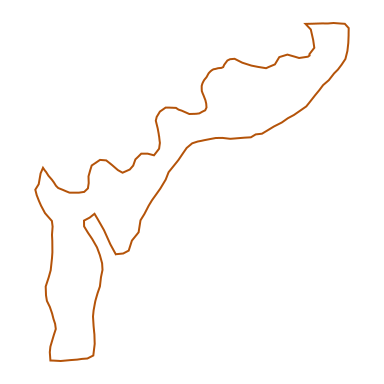 outline of Sagbama, Bayelsa, Nigeria
{"feature_id": "59680162B84100135495566", "entity_name": "Sagbama", "entity_type": "district", "adm_level": 2, "iso_a3": "NGA", "parent_name": "Nigeria", "parent_adm1": "Bayelsa", "projection": "natural_earth1", "projection_center": [6.208, 5.097], "detail": "fine", "context": "isolated", "style": "outline", "palette": "amber", "viewbox_px": 384, "rotation_deg": 0, "n_neighbors": 0, "source": "geoboundaries", "source_scale": "gbopen_adm2", "svg_char_len": 2768}
<svg xmlns="http://www.w3.org/2000/svg" viewBox="0 0 384 384"><path d="M52.1,313.5L53.5,319.0L55.1,323.8L55.8,329.0L53.9,334.8L50.4,346.6L49.8,352.2L50.4,360.5L53.6,360.6L60.7,361.0L70.4,360.1L77.2,359.6L82.0,358.9L87.4,358.5L93.3,355.5L94.7,343.9L94.4,334.2L94.2,332.5L93.6,326.2L93.0,316.5L93.6,310.4L94.6,304.9L95.3,301.2L95.7,299.7L97.6,293.1L99.9,286.5L101.0,277.1L102.5,269.9L102.1,263.3L99.9,255.2L97.0,247.4L92.2,239.0L88.0,232.8L84.1,226.4L84.0,220.6L89.7,217.6L94.5,213.8L97.2,218.3L100.6,224.2L104.0,230.2L107.3,237.5L110.4,244.4L115.8,254.3L116.1,254.2L123.2,253.5L128.7,250.6L131.9,240.6L138.6,232.3L140.5,220.3L144.4,214.0L148.8,205.5L151.9,200.4L153.3,198.4L154.9,196.2L160.3,188.6L165.7,179.6L168.6,172.2L173.7,165.9L177.4,161.3L178.5,159.9L183.3,152.8L186.7,147.9L192.2,143.3L197.8,141.5L198.9,141.3L201.5,140.8L204.2,140.2L210.4,139.0L215.8,138.0L222.4,137.9L230.1,138.8L231.9,138.7L244.1,137.7L250.9,137.3L255.7,134.4L262.0,133.7L273.9,126.5L281.8,122.5L287.9,118.2L293.9,115.0L299.4,111.2L306.3,106.4L310.3,101.4L311.3,100.1L315.4,94.9L319.2,90.3L323.1,85.1L328.8,80.2L334.1,73.4L337.9,69.6L341.6,64.7L345.4,59.0L347.4,51.0L348.3,43.0L348.6,35.4L348.6,33.6L348.7,28.1L344.8,23.8L340.1,23.5L333.5,23.0L327.6,23.5L322.4,23.4L313.2,23.7L305.5,23.9L310.8,29.5L313.2,40.1L314.3,47.8L309.4,54.2L309.6,55.5L307.9,56.7L299.1,58.0L294.8,56.7L287.4,54.6L279.3,57.1L274.9,64.4L268.7,67.0L266.1,68.2L258.0,66.9L257.0,66.7L251.4,65.6L242.3,62.7L234.6,58.8L230.1,59.2L227.4,60.5L225.6,62.9L224.2,64.8L223.2,67.1L221.4,67.9L218.1,68.2L215.6,68.9L213.4,69.3L211.6,70.4L210.2,71.6L208.7,73.2L207.9,74.6L207.6,75.2L206.5,77.2L205.0,79.0L204.2,80.0L203.3,81.6L202.4,83.5L201.7,85.9L201.7,88.5L201.8,91.0L202.6,93.2L203.5,95.3L205.4,100.2L206.2,103.6L206.5,107.5L205.2,110.3L202.3,111.7L199.3,113.4L196.0,113.8L189.3,114.0L181.6,110.6L178.5,109.6L176.0,107.9L169.0,107.6L165.6,107.6L159.9,111.6L157.8,115.1L156.7,116.9L155.8,120.7L156.6,124.0L157.7,128.4L158.7,133.9L159.0,136.1L159.1,136.3L159.6,140.8L159.9,142.9L159.1,148.7L154.0,155.3L150.5,154.4L147.8,153.7L141.2,153.7L138.1,156.8L135.4,159.4L133.2,165.6L131.0,168.1L129.8,169.5L122.6,172.7L122.0,172.4L117.9,170.1L112.0,165.0L106.2,160.4L100.0,159.9L91.7,165.5L90.2,170.3L88.5,176.4L88.7,183.2L88.6,183.7L87.9,188.4L84.2,191.9L82.1,192.2L78.7,192.7L69.9,192.7L69.1,192.5L65.9,191.2L62.9,189.9L58.2,188.0L56.0,185.8L53.8,182.3L51.9,179.7L49.9,177.4L48.5,175.8L47.6,174.4L46.1,172.0L44.7,170.3L43.0,167.8L40.6,173.4L38.7,184.2L35.3,189.7L36.8,195.5L37.0,195.9L38.9,200.8L41.1,205.8L45.0,213.1L47.5,216.0L51.9,221.0L52.6,226.6L52.0,234.8L52.3,240.9L52.4,252.3L52.0,258.1L50.7,270.2L48.7,277.4L45.7,286.5L46.0,295.3L46.9,300.9L49.2,305.6L49.8,306.8L52.1,313.5Z" fill="none" stroke="#b45309" stroke-width="2"/></svg>